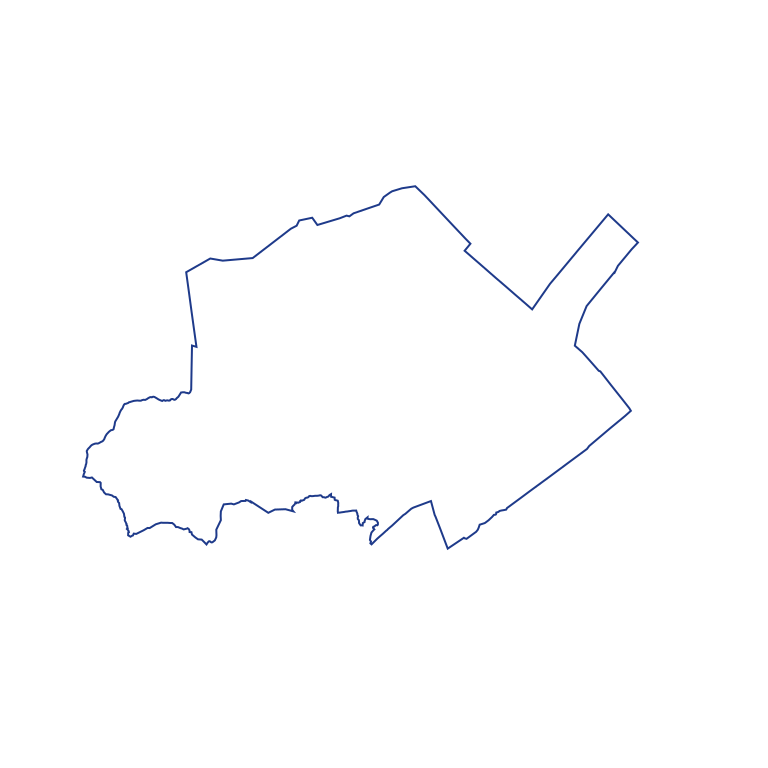 Texcaltitlán, México, Mexico (Robinson projection), rotated 30°
{"feature_id": "50627088B83838982860206", "entity_name": "Texcaltitlán", "entity_type": "district", "adm_level": 2, "iso_a3": "MEX", "parent_name": "Mexico", "parent_adm1": "México", "projection": "robinson", "projection_center": [-99.939, 18.941], "detail": "fine", "context": "isolated", "style": "outline", "palette": "blue", "viewbox_px": 768, "rotation_deg": 30, "n_neighbors": 0, "source": "geoboundaries", "source_scale": "gbopen_adm2", "svg_char_len": 6129}
<svg xmlns="http://www.w3.org/2000/svg" viewBox="0 0 768 768"><g transform="rotate(30 384 384)"><path d="M521.5,494.7L530.1,477.2L531.0,477.3L532.9,476.8L537.7,465.9L538.1,463.3L537.8,460.9L537.2,458.0L540.6,454.3L541.0,453.7L542.7,449.7L544.1,445.0L544.6,442.4L545.1,442.0L546.0,441.3L546.1,440.6L546.0,440.2L545.5,439.2L547.1,437.5L547.5,436.2L549.1,434.7L550.7,433.4L552.6,431.7L552.6,429.7L553.1,428.7L554.7,425.0L555.8,422.5L559.6,413.8L564.0,403.6L573.5,382.0L582.9,360.3L592.3,338.7L592.7,335.1L601.9,309.5L608.7,291.3L611.2,283.8L608.5,282.3L598.3,278.2L580.8,271.3L565.0,264.9L563.4,265.2L551.0,261.0L539.8,257.3L530.1,255.4L523.1,234.2L520.5,215.2L524.0,193.7L527.6,172.2L528.0,172.3L527.5,164.7L531.1,143.6L533.2,134.5L527.6,133.2L510.9,129.2L493.3,125.0L489.5,146.6L485.2,171.0L480.0,201.2L479.1,206.3L477.7,214.1L475.0,245.3L463.8,243.1L452.7,241.0L441.5,238.8L430.3,236.7L427.6,236.2L411.4,233.0L398.0,230.4L387.2,228.3L388.7,219.3L381.9,217.4L365.5,212.5L351.9,208.4L338.3,204.3L324.7,200.2L312.2,197.1L301.7,205.5L294.7,213.0L293.4,215.4L290.3,222.2L290.1,231.0L281.7,240.6L272.3,251.4L270.2,256.1L267.4,256.9L262.8,262.6L254.8,271.1L246.8,279.6L238.7,275.9L228.8,284.8L229.2,290.6L225.7,296.1L216.5,318.4L207.3,340.6L195.0,349.2L182.7,357.8L170.8,362.2L163.0,375.5L156.8,386.1L169.3,402.2L180.5,416.7L191.7,431.1L203.0,445.6L198.5,446.7L209.1,465.9L219.8,485.2L220.0,486.6L220.2,488.1L220.0,488.5L219.9,489.3L219.2,490.0L218.4,490.0L217.0,490.6L215.2,491.0L213.7,491.9L213.1,492.4L212.5,492.8L212.4,495.8L212.3,497.9L211.6,499.8L211.4,501.1L210.7,502.3L210.0,502.6L209.1,502.6L208.4,502.7L207.4,503.4L206.9,504.4L207.0,505.0L206.3,505.8L205.5,506.2L204.7,506.4L204.1,506.8L203.6,507.3L203.0,507.9L202.3,507.9L201.8,507.9L201.1,508.3L200.4,509.6L199.2,509.8L197.6,510.0L196.4,510.1L194.1,510.0L191.7,510.0L190.7,510.3L190.0,510.9L189.7,511.5L189.2,511.8L188.8,511.8L188.0,512.4L187.0,513.9L186.1,515.8L185.1,517.2L183.6,517.9L182.5,519.0L181.8,520.0L181.0,520.5L180.0,521.0L178.9,521.5L177.8,522.2L175.8,523.7L173.5,526.1L173.1,526.6L172.3,527.3L172.0,528.2L171.2,529.2L170.2,530.4L169.6,530.7L169.3,531.3L169.2,532.3L169.3,533.5L169.5,534.6L169.6,536.4L169.4,537.1L169.3,538.6L169.4,540.1L169.5,541.2L169.8,542.5L170.0,544.4L170.1,545.2L170.0,550.7L170.1,551.3L170.2,551.7L171.3,554.5L171.6,555.8L171.8,556.6L172.4,558.4L172.0,559.3L171.3,560.0L170.6,560.6L170.0,562.1L169.6,563.2L169.3,564.6L169.0,565.8L168.9,566.6L168.9,567.6L168.9,568.6L169.1,570.5L169.3,571.4L169.2,572.4L169.2,573.2L168.8,574.4L168.2,575.3L167.8,575.8L167.0,577.2L166.4,578.2L165.6,578.9L164.5,579.4L163.4,580.3L161.9,582.2L161.3,583.3L161.0,584.4L160.7,586.1L160.3,587.5L160.1,588.6L160.1,590.7L160.9,591.7L162.4,593.2L163.2,594.8L163.6,595.7L163.8,596.9L164.2,598.4L164.8,599.5L165.4,600.4L166.1,602.3L166.2,603.5L166.6,604.0L167.1,606.9L167.3,607.5L167.4,609.0L167.7,609.4L168.8,609.7L168.9,610.5L169.1,612.3L169.5,613.7L169.7,614.6L171.5,613.8L173.3,613.8L174.8,613.1L176.3,612.4L177.8,611.0L184.2,612.5L187.1,611.0L188.1,611.3L189.8,614.4L191.9,616.5L193.3,616.3L194.9,617.3L195.8,617.9L198.4,618.5L200.3,617.5L204.2,616.5L206.2,616.8L208.1,616.1L210.5,617.2L211.8,617.7L211.8,618.2L212.6,619.0L214.1,619.5L215.8,621.8L218.3,623.9L219.2,623.6L221.3,624.8L223.7,626.4L225.6,628.9L226.4,629.1L226.9,629.9L227.5,631.5L228.2,632.1L229.2,632.7L230.0,633.3L230.8,633.9L231.1,634.0L231.3,634.8L232.4,635.1L233.1,636.0L233.4,636.6L234.1,637.0L233.9,637.4L233.8,638.1L235.1,638.4L236.3,639.0L237.1,639.8L236.7,640.2L237.1,641.2L238.1,643.0L240.8,643.0L241.8,641.2L242.3,640.7L242.1,638.7L244.4,637.7L249.0,630.8L251.2,626.9L253.1,625.9L256.5,619.6L260.3,615.5L261.0,615.2L262.0,614.7L265.8,612.5L268.7,611.1L270.1,610.3L271.9,610.5L273.3,610.9L275.4,611.9L277.2,610.9L279.7,610.6L281.4,610.2L283.2,610.1L285.5,607.9L286.0,607.1L287.6,607.3L288.7,608.0L289.7,609.4L291.3,608.6L293.0,610.4L297.3,611.2L300.6,611.5L303.9,609.9L307.0,610.7L310.5,611.7L310.6,609.5L311.0,607.8L311.7,607.3L313.4,607.5L314.1,607.3L314.6,606.7L315.7,604.0L315.4,600.7L314.5,598.7L311.6,594.0L310.8,583.5L308.5,579.9L306.4,575.9L305.4,568.4L311.5,564.0L314.2,563.3L317.7,559.0L318.8,556.8L322.5,554.5L322.4,553.5L324.8,552.8L327.7,553.0L327.9,553.0L327.6,552.3L348.2,553.4L352.3,547.3L361.3,541.7L369.2,539.6L367.4,538.9L366.0,536.4L366.3,534.8L366.8,533.1L366.8,532.0L366.5,530.9L367.7,530.9L367.7,530.2L369.2,529.6L369.7,528.8L370.0,528.6L370.3,528.1L370.1,527.6L369.9,527.1L370.3,526.3L371.1,526.3L372.8,524.2L372.8,522.6L373.2,521.9L373.5,521.4L374.4,520.7L374.9,520.1L375.1,519.7L375.2,518.8L375.3,518.5L376.0,517.8L377.1,517.5L378.7,516.5L380.3,515.2L382.2,514.1L383.4,513.2L384.3,512.3L385.1,512.0L386.0,512.2L386.6,512.4L387.5,512.7L388.2,512.3L388.8,512.0L390.0,511.8L390.5,511.3L391.2,510.2L391.8,509.7L392.2,508.7L392.3,507.6L392.8,506.6L393.2,505.9L393.4,506.3L394.1,507.3L394.6,508.1L398.0,507.1L399.2,508.9L399.9,508.9L401.4,508.4L402.3,508.2L403.8,509.8L404.8,511.7L405.4,512.6L405.7,513.8L407.7,517.5L408.5,518.5L408.7,518.3L410.1,517.4L411.3,516.4L413.5,514.7L414.5,513.8L415.6,513.0L415.8,512.9L417.0,511.9L418.8,510.5L419.0,510.3L419.9,509.5L423.2,507.5L424.1,508.4L425.0,509.0L425.9,509.8L426.4,510.6L427.7,511.4L428.0,512.7L428.8,514.0L430.3,514.5L431.4,515.9L431.8,516.8L432.7,517.3L434.5,518.1L435.8,517.3L436.2,517.2L435.2,515.0L435.5,514.5L436.2,513.2L435.8,512.5L435.4,510.3L436.4,507.7L437.0,508.9L438.7,508.4L439.8,507.9L442.2,506.4L443.5,506.2L445.8,506.0L446.1,506.0L448.1,507.2L448.2,507.4L448.5,507.9L448.9,508.6L449.0,509.2L448.8,509.7L448.6,509.7L448.1,510.0L447.8,510.1L447.5,510.4L447.4,510.8L447.2,511.3L447.0,511.7L446.9,512.1L446.7,512.5L446.5,512.8L446.2,512.9L446.1,513.3L446.2,513.7L446.3,513.9L446.5,514.1L446.8,514.1L447.3,514.3L447.6,514.4L448.0,514.7L448.3,514.8L448.1,515.3L447.4,518.9L448.3,522.4L449.8,526.1L451.5,526.9L451.9,528.8L453.4,529.1L455.5,521.3L456.6,518.0L457.9,514.3L459.3,509.8L459.7,509.0L460.0,507.6L460.6,505.9L461.8,502.6L466.3,487.9L467.4,485.8L470.0,478.3L470.6,477.4L471.2,476.4L483.2,461.9L493.4,472.1L494.9,473.1L505.0,481.2L521.5,494.7Z" fill="none" stroke="#1e3a8a" stroke-width="2"/></g></svg>